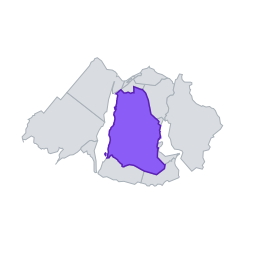 Saudi Arabia and the surrounding countries, rotated 38°
{"feature_id": "SAU", "entity_name": "Saudi Arabia", "entity_type": "country or territory", "adm_level": 0, "iso_a3": "SAU", "parent_name": "Asia", "parent_adm1": "", "projection": "natural_earth1", "projection_center": [44.88, 24.248], "detail": "fine", "context": "with_neighbors", "style": "filled", "palette": "violet", "viewbox_px": 256, "rotation_deg": 38, "n_neighbors": 15, "source": "natural_earth", "source_scale": "50m", "svg_char_len": 10240}
<svg xmlns="http://www.w3.org/2000/svg" viewBox="0 0 256 256"><g transform="rotate(38 128 128)"><path d="M54.6,203.6L51.5,201.5L50.0,200.1L50.5,194.7L48.2,191.7L47.9,188.5L46.4,187.1L46.4,184.3L45.6,182.5L44.1,182.7L45.7,179.0L45.3,177.0L46.7,175.5L45.8,174.4L49.0,167.9L52.5,168.2L53.0,147.2L57.6,147.2L58.0,137.6L105.9,137.6L107.1,142.3L106.2,143.1L106.7,148.1L108.2,153.8L111.9,156.8L109.8,159.5L106.8,160.3L105.5,161.8L103.2,172.0L103.7,173.9L103.0,178.1L101.3,182.8L98.8,185.2L96.5,190.8L94.6,192.1L93.3,197.1L93.3,201.4L93.3,197.7L92.8,197.6L92.4,193.6L90.3,191.7L89.8,188.2L90.3,184.7L88.4,184.4L88.1,185.4L85.7,185.7L86.6,187.1L87.0,190.0L82.6,196.0L80.5,196.5L77.0,193.7L75.5,194.7L75.0,196.1L72.9,197.0L72.8,198.0L68.7,198.0L68.1,197.0L65.1,196.9L63.6,197.7L62.5,197.3L59.8,193.2L56.8,193.8L54.5,200.3L51.8,201.7L54.6,203.6Z" fill="#d9dde1" stroke="#a8b0b8" stroke-width="1"/><path d="M102.8,83.3L101.6,87.5L100.2,86.9L99.3,90.1L100.3,90.6L99.2,91.3L99.0,92.5L100.9,91.9L101.0,93.8L98.8,101.5L96.4,93.2L97.6,91.6L99.9,84.2L102.8,83.3Z" fill="#d9dde1" stroke="#a8b0b8" stroke-width="1"/><path d="M102.8,83.3L100.0,84.2L103.7,76.7L105.4,76.9L106.0,78.8L103.8,80.6L102.8,83.3Z" fill="#d9dde1" stroke="#a8b0b8" stroke-width="1"/><path d="M100.9,91.9L99.0,92.5L99.2,91.3L100.3,90.6L99.3,90.1L100.2,86.9L101.6,87.5L100.9,91.9Z" fill="#d9dde1" stroke="#a8b0b8" stroke-width="1"/><path d="M101.6,87.5L102.3,86.0L106.7,87.9L114.4,82.8L115.9,88.6L107.2,91.8L111.1,96.6L109.7,97.4L109.1,99.0L106.0,99.7L103.3,102.9L98.9,102.1L98.8,101.5L101.0,93.8L101.6,87.5Z" fill="#d9dde1" stroke="#a8b0b8" stroke-width="1"/><path d="M165.2,126.8L165.9,126.5L166.1,127.8L169.2,127.1L174.9,127.4L183.0,118.0L183.8,119.7L184.5,123.5L182.4,123.5L182.1,126.6L182.9,127.3L181.1,128.3L181.1,130.2L179.1,135.2L167.0,132.7L165.2,126.8Z" fill="#d9dde1" stroke="#a8b0b8" stroke-width="1"/><path d="M162.1,124.3L161.7,120.8L162.8,118.3L163.9,117.8L165.1,119.3L165.2,122.1L164.4,124.9L163.3,125.3L162.1,124.3Z" fill="#d9dde1" stroke="#a8b0b8" stroke-width="1"/><path d="M150.5,99.2L152.3,106.0L149.5,106.1L148.5,103.9L145.0,103.4L147.8,98.8L150.5,99.2Z" fill="#d9dde1" stroke="#a8b0b8" stroke-width="1"/><path d="M115.9,88.6L114.4,82.8L123.2,77.8L124.7,72.0L124.4,68.5L126.5,67.3L128.5,64.3L130.2,63.5L134.6,64.2L136.0,65.4L137.8,64.6L140.3,70.3L142.9,71.7L143.2,74.5L141.2,76.2L140.3,80.0L143.1,84.5L147.9,87.2L149.9,90.8L149.3,94.3L150.6,94.3L150.6,96.9L152.8,99.4L147.8,98.8L145.0,103.4L137.6,103.0L126.5,93.3L120.6,90.0L115.9,88.6Z" fill="#d9dde1" stroke="#a8b0b8" stroke-width="1"/><path d="M179.9,134.2L180.0,132.2L181.1,130.2L181.1,128.3L182.9,127.3L182.1,126.6L182.4,123.5L184.5,123.5L186.3,126.8L188.6,128.5L194.0,130.0L197.0,134.4L198.5,135.0L198.5,136.1L193.4,145.1L191.6,144.9L190.7,146.0L190.1,148.4L190.3,152.2L188.5,152.2L185.9,154.0L185.6,156.4L184.7,157.4L182.1,157.3L180.6,158.5L180.6,160.5L178.7,161.8L176.4,161.4L171.8,163.3L167.2,152.0L179.3,147.2L181.8,137.6L179.9,134.2ZM183.8,119.7L183.0,118.0L184.1,116.4L184.7,116.8L183.8,119.7Z" fill="#d9dde1" stroke="#a8b0b8" stroke-width="1"/><path d="M152.8,99.4L150.6,96.9L150.6,94.3L149.3,94.3L149.9,90.8L147.9,87.2L143.1,84.5L140.3,80.0L141.2,76.2L143.2,74.5L142.9,71.7L140.3,70.3L135.7,60.7L136.5,59.2L135.3,53.8L137.9,52.4L138.5,54.2L140.5,56.4L143.1,57.0L144.5,56.9L149.0,53.4L150.4,53.0L151.5,54.4L150.3,56.8L152.7,59.3L153.6,59.1L154.9,62.6L158.6,63.6L161.3,66.0L166.8,66.8L172.8,65.6L173.1,64.4L176.5,63.5L179.1,60.8L181.7,60.9L183.4,60.0L186.1,60.5L190.5,62.9L193.6,63.4L198.2,67.7L201.1,67.8L201.6,71.9L199.4,81.4L201.2,82.1L199.6,84.7L201.5,91.6L204.5,92.4L205.0,95.5L201.6,99.9L205.3,105.3L209.2,107.4L209.5,111.7L211.5,112.5L211.9,114.7L206.2,117.2L204.9,122.8L188.4,119.6L186.5,113.7L184.6,112.8L181.5,113.7L177.6,116.0L172.6,114.4L168.5,110.7L164.7,109.3L159.0,98.3L156.8,99.1L154.3,97.5L152.8,99.4Z" fill="#d9dde1" stroke="#a8b0b8" stroke-width="1"/><path d="M102.3,86.0L103.8,80.6L106.0,78.8L105.4,76.9L103.7,76.7L103.4,73.0L106.5,68.9L106.8,66.3L108.0,67.2L112.3,65.9L114.4,66.8L117.5,66.7L122.0,64.9L128.5,64.3L126.5,67.3L124.4,68.5L124.7,72.0L123.2,77.8L106.7,87.9L102.3,86.0Z" fill="#d9dde1" stroke="#a8b0b8" stroke-width="1"/><path d="M103.7,173.9L103.2,172.0L105.5,161.8L106.8,160.3L109.8,159.5L111.9,156.8L115.3,166.7L123.1,173.6L128.9,180.8L130.9,182.2L129.6,183.4L127.9,183.0L121.9,175.4L118.4,173.5L115.6,173.4L114.6,172.4L112.2,173.5L109.7,171.4L108.4,174.9L103.7,173.9Z" fill="#d9dde1" stroke="#a8b0b8" stroke-width="1"/><path d="M167.2,152.0L171.8,163.3L168.9,164.5L168.0,168.3L157.5,172.6L153.8,176.0L150.8,175.9L148.4,177.9L141.3,179.4L138.7,182.2L132.5,182.5L131.5,179.7L131.6,177.1L129.0,170.1L129.8,169.9L129.7,164.7L131.5,163.2L131.1,161.2L132.1,158.8L133.8,160.0L139.6,159.5L145.9,160.2L146.9,161.8L148.8,161.0L151.7,156.0L155.5,153.8L167.2,152.0Z" fill="#d9dde1" stroke="#a8b0b8" stroke-width="1"/><path d="M105.9,137.6L58.0,137.6L59.4,102.7L58.4,98.8L59.6,95.9L59.1,93.8L60.6,91.5L65.9,91.4L75.3,94.9L80.0,92.0L83.5,91.6L86.3,92.2L87.3,94.6L88.3,93.0L94.4,94.4L96.4,93.2L98.8,101.5L95.5,109.5L94.6,110.4L91.6,106.7L88.9,99.8L88.5,100.2L95.2,117.6L101.3,128.3L100.5,129.1L100.6,132.3L105.9,137.6Z" fill="#d9dde1" stroke="#a8b0b8" stroke-width="1"/><path d="M167.1,152.0L166.1,152.1L165.2,152.3L164.2,152.5L162.9,152.7L161.9,152.8L160.5,153.0L159.2,153.2L158.0,153.4L156.8,153.6L155.8,153.8L155.2,154.0L154.5,154.4L153.4,155.0L152.2,155.7L151.6,156.0L151.0,156.9L150.7,157.3L150.2,158.1L149.8,158.7L149.3,159.4L149.0,160.1L148.7,161.0L148.4,161.3L147.9,161.6L147.5,161.8L146.8,161.8L146.4,161.2L146.0,160.6L145.8,160.3L145.6,160.3L144.9,160.4L144.1,160.5L143.1,160.4L142.0,160.2L140.9,160.1L140.4,160.0L139.7,159.6L139.3,159.5L138.5,159.5L137.7,159.5L136.9,159.6L136.1,159.6L135.3,159.7L135.0,159.8L134.7,159.8L134.5,160.0L134.3,160.0L134.1,159.9L133.9,159.9L133.5,159.8L133.3,159.6L133.0,159.3L132.8,159.2L132.5,159.1L132.3,159.1L132.0,159.2L131.8,159.4L131.4,159.9L131.4,160.0L131.6,160.3L131.2,160.6L131.1,161.0L131.1,161.3L131.1,161.9L131.2,162.3L131.3,162.5L131.3,163.1L131.0,163.2L130.8,163.6L130.7,163.7L130.5,163.9L129.8,164.6L129.7,164.2L129.5,163.6L129.5,163.2L129.4,162.8L129.1,162.5L128.8,162.2L128.7,161.8L128.4,161.3L128.1,161.0L127.9,160.3L127.7,159.5L126.7,158.4L125.5,157.3L125.1,156.7L124.5,155.5L124.2,154.6L123.4,153.5L123.4,153.1L123.3,152.6L123.1,152.0L123.0,151.6L122.1,149.6L121.9,149.3L121.7,148.9L121.6,148.5L121.5,148.3L121.0,148.0L120.4,147.2L118.8,145.9L118.0,145.8L117.4,145.3L116.9,144.7L116.4,143.6L115.6,142.5L114.8,140.9L115.1,140.3L115.1,139.9L114.9,139.2L114.6,138.6L114.4,138.1L114.6,137.4L114.6,136.6L114.8,136.1L114.9,135.7L114.8,134.7L114.5,134.2L114.6,133.9L114.3,133.7L114.1,133.3L114.3,133.3L113.9,132.8L113.7,132.5L113.6,131.8L113.4,131.3L112.7,130.1L112.4,129.3L111.7,128.4L111.0,127.7L110.5,127.3L110.3,127.0L109.9,127.0L109.5,126.6L109.2,126.6L108.8,126.5L108.3,125.7L108.0,125.0L107.4,124.0L107.5,123.7L107.7,123.3L107.6,122.8L107.5,122.4L107.3,121.7L106.4,120.0L106.1,119.8L105.8,119.5L105.5,118.8L105.4,118.1L104.8,117.8L103.8,115.4L103.2,114.6L102.9,114.1L102.2,113.2L101.9,112.3L101.2,111.4L100.6,110.0L99.7,108.5L99.3,108.3L98.3,108.2L97.8,108.1L97.4,108.4L97.4,108.0L97.7,107.4L98.1,106.2L98.2,105.2L98.9,102.2L99.7,102.3L100.4,102.5L101.4,102.6L102.5,102.8L103.1,102.9L103.3,102.9L104.2,102.2L105.0,101.5L105.4,100.7L105.9,99.9L106.1,99.7L106.8,99.5L107.9,99.3L108.9,99.1L109.0,99.0L109.3,98.4L109.6,97.5L109.8,97.4L110.5,96.9L111.0,96.6L110.4,95.8L109.7,95.1L109.1,94.2L108.5,93.5L107.6,92.5L107.1,91.9L108.1,91.6L109.2,91.2L110.3,90.9L111.6,90.5L112.7,90.2L114.2,89.7L115.0,89.4L115.7,88.8L116.6,89.0L117.9,89.2L119.2,89.4L120.5,89.7L120.9,89.9L122.2,90.7L123.1,91.3L124.0,91.9L125.3,92.6L126.1,93.2L127.2,93.8L128.0,94.6L129.1,95.6L130.3,96.7L131.2,97.5L132.6,98.6L133.9,99.8L135.2,100.9L136.2,101.8L137.5,102.9L138.9,103.1L140.7,103.2L142.5,103.4L144.1,103.6L144.8,103.4L145.6,103.5L146.6,103.6L147.2,103.7L148.4,103.9L148.7,104.6L148.9,105.2L149.0,105.7L149.3,106.1L150.1,106.1L150.8,106.1L151.7,106.1L152.4,106.1L152.6,106.5L152.7,107.0L153.2,108.0L153.7,108.9L153.9,109.2L154.0,109.6L153.9,109.8L153.9,110.0L154.3,110.5L155.0,110.9L155.3,111.0L155.6,111.1L155.4,111.4L155.8,112.0L156.3,112.6L156.8,112.8L157.6,113.7L158.6,114.3L159.3,115.1L159.2,115.1L158.8,114.9L158.7,115.0L158.8,115.4L158.8,115.8L159.2,116.1L159.5,116.4L159.6,116.8L159.4,117.8L159.1,117.7L158.9,117.7L158.9,117.8L159.1,118.5L159.3,119.1L159.5,119.5L159.7,120.1L159.9,120.4L160.6,121.1L160.8,121.7L161.0,122.7L161.5,123.3L161.7,123.8L162.0,124.1L162.2,124.7L162.5,125.1L162.9,125.2L163.2,125.2L163.5,125.1L163.9,125.0L164.2,125.2L164.5,125.2L164.5,125.4L164.3,125.6L164.1,126.3L164.4,126.4L164.8,126.5L165.0,126.6L165.2,127.3L165.2,127.6L165.4,127.8L165.6,128.1L165.8,128.4L166.1,128.7L166.3,129.0L166.5,129.3L166.7,129.7L167.0,130.0L167.2,130.3L167.4,130.6L167.6,130.9L167.9,131.2L168.1,131.6L168.3,131.9L168.6,132.2L168.8,132.5L169.0,132.8L169.2,133.1L169.5,133.1L169.9,133.2L170.4,133.3L171.0,133.3L171.8,133.4L172.6,133.6L173.5,133.7L174.3,133.8L175.2,134.0L176.1,134.1L176.9,134.2L177.7,134.3L178.3,134.4L178.8,134.5L179.1,134.5L179.5,134.6L179.8,134.2L180.1,134.7L180.4,135.2L180.7,135.8L181.1,136.5L181.5,137.1L181.7,137.6L181.6,138.0L181.5,138.6L181.3,139.1L181.2,139.6L181.0,140.2L180.9,140.7L180.8,141.2L180.6,141.8L180.5,142.3L180.3,142.8L180.2,143.4L180.1,143.9L179.9,144.4L179.8,145.0L179.7,145.5L179.5,146.0L179.4,146.6L179.2,147.2L178.8,147.4L178.1,147.6L177.4,147.9L176.7,148.2L176.0,148.5L175.3,148.7L174.6,149.0L173.9,149.3L173.2,149.6L172.5,149.8L171.8,150.1L171.1,150.4L170.4,150.7L169.7,150.9L169.1,151.2L168.4,151.5L167.7,151.8L167.1,152.0ZM126.5,162.9L126.8,163.0L126.6,162.8L126.6,162.7L126.8,162.5L127.2,163.0L127.2,163.5L126.9,163.4L126.8,163.2L126.4,163.2L126.1,163.1L125.7,162.6L125.6,162.3L125.8,162.2L126.0,161.8L125.9,161.6L126.2,161.6L126.3,161.9L126.3,162.5L126.3,162.8L126.5,162.9ZM106.3,121.3L106.2,121.3L105.9,121.0L105.7,120.7L104.8,120.2L104.7,120.0L104.8,119.8L104.9,120.0L105.0,120.1L105.7,120.4L106.4,121.1L106.5,121.1L106.3,121.3ZM105.1,119.7L105.0,119.8L104.9,119.6L104.9,119.2L105.0,119.0L105.0,119.3L105.1,119.6L105.1,119.7Z" fill="#8b5cf6" stroke="#5b21b6" stroke-width="1.5"/></g></svg>